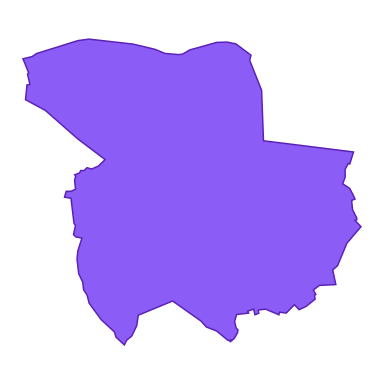 the district of Cork City South East Lea-6, Cork, Ireland
{"feature_id": "5873133B31894390357020", "entity_name": "Cork City South East Lea-6", "entity_type": "district", "adm_level": 2, "iso_a3": "IRL", "parent_name": "Ireland", "parent_adm1": "Cork", "projection": "orthographic", "projection_center": [-8.409, 51.872], "detail": "fine", "context": "isolated", "style": "filled", "palette": "violet", "viewbox_px": 384, "rotation_deg": 0, "n_neighbors": 0, "source": "geoboundaries", "source_scale": "gbopen_adm2", "svg_char_len": 1439}
<svg xmlns="http://www.w3.org/2000/svg" viewBox="0 0 384 384"><path d="M251.0,55.2L235.9,43.9L227.2,42.1L216.7,42.4L189.8,49.9L182.7,54.1L178.4,54.6L164.8,53.4L155.2,49.4L133.1,44.1L88.9,39.1L77.9,40.6L36.6,53.5L32.1,56.6L23.0,58.8L28.7,72.9L27.5,74.0L29.9,84.5L27.0,84.9L25.5,99.7L45.3,110.4L77.9,139.0L105.1,159.6L98.2,166.2L91.7,169.0L87.0,167.7L84.0,170.6L80.7,170.5L79.6,172.9L74.7,174.8L75.7,176.2L74.6,180.1L75.5,189.2L71.1,191.3L66.2,191.3L64.5,197.2L71.0,198.3L74.0,223.4L75.5,225.5L73.5,234.6L75.8,236.9L81.9,238.1L77.8,251.1L77.0,258.9L78.7,273.8L82.7,282.1L83.6,289.8L87.1,295.1L89.1,303.1L101.2,319.7L114.4,331.9L116.0,337.1L124.3,344.9L126.8,340.1L131.7,336.1L136.7,325.8L138.3,315.2L172.6,301.0L200.9,321.0L206.4,327.0L216.6,331.0L228.1,340.5L230.1,340.3L230.2,342.2L231.0,340.0L231.6,340.8L234.4,338.3L237.5,332.8L238.0,329.9L236.2,328.1L234.6,321.6L236.6,314.5L248.6,313.1L247.7,311.2L253.6,309.1L255.0,314.8L258.8,313.2L258.2,310.1L265.5,309.1L278.9,314.8L279.5,312.2L286.2,313.1L294.4,304.7L299.1,309.7L306.1,306.4L315.1,299.2L314.5,295.1L315.8,294.5L313.4,290.0L319.4,285.4L335.8,284.6L332.7,269.9L337.5,265.8L346.9,243.2L361.0,226.7L355.0,220.4L356.8,219.7L356.7,217.9L352.6,209.9L351.8,202.2L351.8,200.3L355.0,199.1L353.9,196.5L349.7,188.4L342.7,183.8L345.2,177.1L345.1,169.4L348.2,163.5L349.8,164.0L353.5,152.0L263.5,140.8L261.6,90.3L249.7,60.3L251.0,55.2Z" fill="#8b5cf6" stroke="#5b21b6" stroke-width="1.5"/></svg>